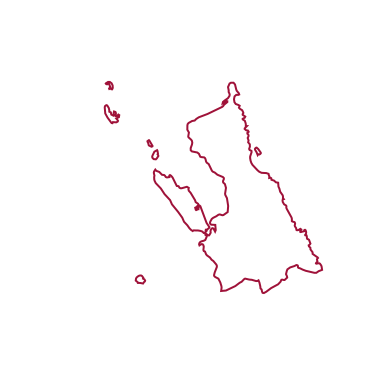 map outline of Jawa Timur (Robinson projection), rotated 235°
{"feature_id": "IDN-1233", "entity_name": "Jawa Timur", "entity_type": "Province", "adm_level": 1, "iso_a3": "IDN", "parent_name": "Indonesia", "parent_adm1": "", "projection": "robinson", "projection_center": [113.217, -7.252], "detail": "fine", "context": "isolated", "style": "outline", "palette": "rose", "viewbox_px": 384, "rotation_deg": 235, "n_neighbors": 0, "source": "natural_earth", "source_scale": "10m", "svg_char_len": 6072}
<svg xmlns="http://www.w3.org/2000/svg" viewBox="0 0 384 384"><g transform="rotate(235 192 192)"><path d="M94.2,159.1L96.7,161.4L98.0,162.1L101.7,163.3L105.9,163.9L109.0,162.3L110.2,162.0L111.2,162.3L113.1,164.5L116.3,169.3L117.2,170.0L118.5,170.3L123.3,169.9L125.2,169.2L128.1,169.1L131.5,167.9L132.9,167.8L135.7,168.5L136.9,167.8L138.0,168.1L140.5,170.3L141.8,170.8L142.9,170.8L143.7,170.2L144.0,168.8L144.0,167.5L145.1,167.8L145.9,168.7L146.3,169.9L146.2,171.3L145.3,173.8L145.1,175.4L147.1,178.6L147.7,178.9L149.3,178.4L149.8,179.5L147.1,180.5L146.7,181.0L146.9,181.8L147.9,183.9L149.3,184.7L150.3,185.8L150.8,187.1L150.5,188.2L149.7,188.6L146.3,188.2L147.2,189.6L151.7,192.2L154.2,189.0L155.5,188.7L156.4,189.0L157.2,189.9L158.6,192.7L158.7,194.6L158.2,198.0L158.2,200.6L157.7,201.9L155.6,203.5L155.1,204.5L155.1,209.7L159.8,213.6L166.9,217.1L170.5,217.6L171.6,218.1L175.9,222.2L179.6,223.5L181.9,223.0L183.1,223.6L184.4,225.6L185.2,226.1L186.5,225.9L191.6,222.7L194.9,221.8L196.7,220.7L198.0,220.5L205.3,221.7L207.6,220.9L208.9,221.0L211.1,221.9L212.4,222.1L213.4,221.8L215.3,219.6L216.2,219.0L219.3,219.6L221.3,219.0L225.3,215.2L226.9,214.9L228.7,216.1L230.9,219.2L232.2,220.5L234.0,221.3L235.3,221.3L238.8,220.5L239.7,220.8L242.5,223.6L245.7,223.9L249.3,226.5L250.1,227.4L250.5,228.8L250.1,232.8L249.0,235.2L249.4,237.4L249.3,240.4L247.0,249.5L244.4,265.5L244.5,266.8L245.1,268.3L245.4,272.5L246.1,273.0L246.8,272.3L247.0,267.9L248.0,269.0L248.2,271.0L248.2,275.2L249.2,277.8L250.1,278.7L251.1,279.1L252.9,279.4L254.3,280.4L257.3,281.7L259.3,285.0L259.2,286.5L257.7,288.7L255.4,288.9L250.5,287.0L249.2,286.7L246.1,287.0L244.8,286.6L245.0,285.6L246.2,284.0L245.9,281.7L243.9,279.6L241.2,278.3L239.0,278.3L236.7,279.9L235.3,280.5L234.1,278.8L232.6,279.0L230.2,280.0L227.7,279.6L227.2,279.3L226.7,278.1L226.1,277.8L223.2,278.9L222.6,277.8L222.9,275.5L222.4,275.2L220.0,276.1L217.6,275.4L216.2,274.7L215.2,273.9L214.5,274.8L213.9,271.7L213.5,271.3L211.7,271.7L210.9,272.2L210.4,273.0L208.9,273.0L208.7,272.8L208.7,271.3L208.0,270.8L207.0,271.0L206.1,270.9L205.3,270.3L204.3,268.6L201.8,267.9L200.5,266.5L197.9,266.7L195.9,265.4L194.5,263.5L193.4,263.3L191.6,264.3L190.5,263.7L187.8,260.1L186.5,259.1L184.2,258.0L181.9,257.3L179.5,257.1L172.4,258.1L170.0,258.7L167.8,260.0L164.9,263.7L163.0,265.1L161.2,264.4L160.5,264.4L159.2,263.3L158.8,264.3L158.3,264.7L157.7,264.8L156.4,264.1L154.4,265.7L151.8,266.3L150.2,267.9L146.8,265.9L144.6,265.5L141.7,264.4L137.3,264.4L136.4,264.1L134.9,263.1L133.6,263.1L134.0,262.2L133.0,261.2L131.7,260.6L129.1,260.4L127.0,261.3L126.2,261.2L125.3,260.4L124.3,260.0L114.0,258.9L112.7,258.4L110.9,257.1L110.4,257.2L108.5,258.7L108.0,258.7L106.9,258.3L105.6,256.9L104.7,256.6L102.7,256.6L101.0,255.8L100.4,256.1L99.8,257.4L99.7,259.6L98.6,260.0L97.8,258.2L97.3,257.8L96.8,258.1L95.5,261.5L96.3,262.0L96.4,262.4L96.2,262.9L95.6,263.1L94.3,262.8L93.2,262.2L92.4,261.3L91.9,260.0L91.5,260.0L90.9,260.9L90.0,260.7L88.1,259.6L87.3,259.5L86.5,260.2L85.6,260.4L81.8,259.4L81.4,258.3L81.4,257.0L80.4,256.6L78.5,257.0L77.0,256.1L73.5,256.2L72.1,255.3L66.3,257.4L65.7,257.4L65.4,256.1L65.0,255.6L63.1,254.9L62.8,253.2L62.4,252.6L62.0,252.7L60.8,255.2L59.9,255.7L57.7,255.7L56.6,255.4L53.6,253.9L54.5,250.3L54.5,247.5L55.6,245.9L62.2,240.0L65.0,238.1L67.4,236.8L68.8,235.7L69.4,235.6L70.8,236.4L71.4,236.4L71.9,236.0L72.3,235.6L72.6,233.4L73.9,229.2L73.9,225.8L72.9,224.3L70.8,221.9L68.3,221.4L67.3,220.9L66.8,217.4L67.1,216.9L68.5,215.6L68.8,214.9L67.7,213.0L67.0,209.6L67.9,201.7L67.7,195.6L68.0,192.9L68.9,192.0L70.4,192.3L72.2,193.1L73.7,192.8L75.7,193.9L79.2,195.3L81.5,195.8L81.6,194.5L82.3,193.4L85.8,190.6L87.4,188.7L90.6,185.8L90.7,184.6L90.0,181.2L90.3,179.0L90.1,173.5L91.8,163.3L94.2,159.1ZM226.9,170.6L229.6,171.7L230.5,172.6L231.4,174.8L229.8,174.9L227.2,176.7L223.3,177.3L221.9,178.9L220.8,179.2L219.4,179.1L218.3,179.8L217.2,182.0L218.0,182.3L218.5,183.0L218.5,183.7L217.3,184.2L215.0,184.4L205.7,183.0L204.5,184.3L202.6,184.2L201.6,184.8L201.0,185.7L199.2,190.8L197.2,191.7L196.2,190.6L194.9,190.1L192.1,190.4L183.5,189.8L181.6,189.2L178.9,190.2L177.7,190.0L177.3,187.8L176.6,186.9L176.6,186.5L177.3,186.1L177.3,185.6L175.3,184.9L174.8,185.0L174.6,185.6L174.6,186.9L174.2,187.4L176.8,189.6L176.6,190.4L175.6,190.7L158.3,186.2L153.2,186.1L152.8,185.4L152.6,183.5L152.7,182.6L153.2,181.7L152.8,181.3L152.2,182.2L151.8,181.8L151.3,179.7L151.4,178.5L151.7,178.1L153.6,177.8L155.2,176.7L156.9,175.0L159.7,171.2L159.6,170.2L161.4,169.5L163.7,169.1L167.4,169.1L172.2,168.4L176.6,169.3L183.7,169.2L193.4,168.5L197.9,169.4L206.0,168.3L212.8,168.5L220.1,167.4L222.6,167.8L223.8,168.2L226.0,169.6L226.9,170.6ZM312.2,169.9L312.3,171.6L311.5,172.2L308.5,172.0L306.5,171.2L305.2,170.3L303.8,171.2L301.7,170.3L299.6,171.4L299.8,172.2L301.5,173.0L302.7,174.3L301.5,175.2L300.2,174.9L298.1,173.0L297.2,174.2L297.7,176.1L296.7,176.5L295.2,175.0L295.8,172.1L293.6,172.3L292.7,172.2L292.3,171.4L292.5,169.9L294.6,167.3L294.0,166.3L294.6,165.7L295.8,165.6L301.5,165.5L306.1,166.0L311.3,169.0L312.2,169.9ZM151.7,95.1L153.2,96.5L153.7,97.5L153.9,99.0L153.8,100.5L153.4,101.6L152.7,102.5L151.7,102.9L149.6,102.9L149.1,102.2L147.8,102.9L146.3,102.8L145.8,102.1L145.7,100.9L145.1,99.4L147.1,97.5L148.6,95.5L149.2,95.8L151.7,95.1ZM244.4,180.4L246.6,184.3L246.3,187.4L245.5,187.3L242.9,186.1L242.6,185.4L241.5,185.4L240.8,185.1L239.7,182.4L239.5,181.1L240.9,179.5L242.4,179.2L243.6,179.5L244.4,180.4ZM330.1,182.8L330.4,183.9L330.3,186.4L329.3,187.8L327.2,188.5L324.8,188.1L322.7,186.8L321.9,185.5L322.4,184.9L323.4,185.0L323.8,183.3L324.3,183.4L324.8,184.8L325.5,185.5L326.3,185.5L327.4,186.0L329.5,186.1L329.7,185.7L329.3,185.8L328.8,184.7L328.9,184.2L329.4,183.8L329.7,183.9L329.9,184.2L330.1,182.8ZM190.5,267.9L191.2,268.3L191.5,269.1L191.5,270.0L191.3,270.4L189.2,270.9L184.8,270.9L184.2,270.5L184.0,269.5L184.2,268.5L185.0,267.9L184.6,267.0L187.5,267.7L190.5,267.9ZM257.6,184.3L258.8,184.4L259.2,184.7L259.2,186.4L259.0,186.6L252.4,186.1L252.1,185.8L252.3,184.8L254.6,183.5L255.1,183.4L257.6,184.3Z" fill="none" stroke="#9f1239" stroke-width="2"/></g></svg>